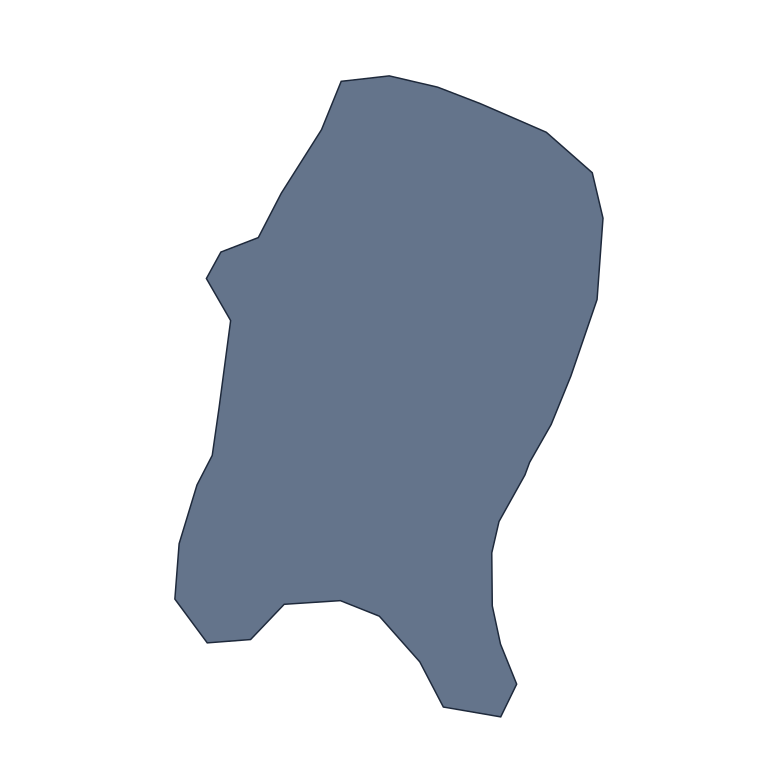 an SVG outline of City of Minsk, rotated 103°
{"feature_id": "BLR-4825", "entity_name": "City of Minsk", "entity_type": "Municipality", "adm_level": 1, "iso_a3": "BLR", "parent_name": "Belarus", "parent_adm1": "", "projection": "robinson", "projection_center": [27.633, 53.903], "detail": "fine", "context": "isolated", "style": "filled", "palette": "slate", "viewbox_px": 768, "rotation_deg": 103, "n_neighbors": 0, "source": "natural_earth", "source_scale": "10m", "svg_char_len": 611}
<svg xmlns="http://www.w3.org/2000/svg" viewBox="0 0 768 768"><g transform="rotate(103 384 384)"><path d="M646.6,187.2L682.1,195.4L685.4,253.5L646.7,286.6L611.3,336.3L604.9,377.8L621.1,431.7L663.0,456.5L676.0,498.0L640.6,539.4L585.7,547.7L524.4,543.5L492.2,535.3L443.8,539.4L356.7,547.7L321.2,580.8L292.1,572.6L269.6,539.4L221.2,527.0L150.3,502.1L98.7,493.8L82.6,448.2L82.7,398.5L89.2,352.9L102.2,282.5L131.3,228.6L173.2,207.9L253.7,195.4L334.2,203.7L385.8,212.0L427.6,224.5L440.9,226.2L492.1,241.0L524.3,241.0L575.8,228.6L611.2,212.0L646.6,187.2Z" fill="#64748b" stroke="#1e293b" stroke-width="1.5"/></g></svg>